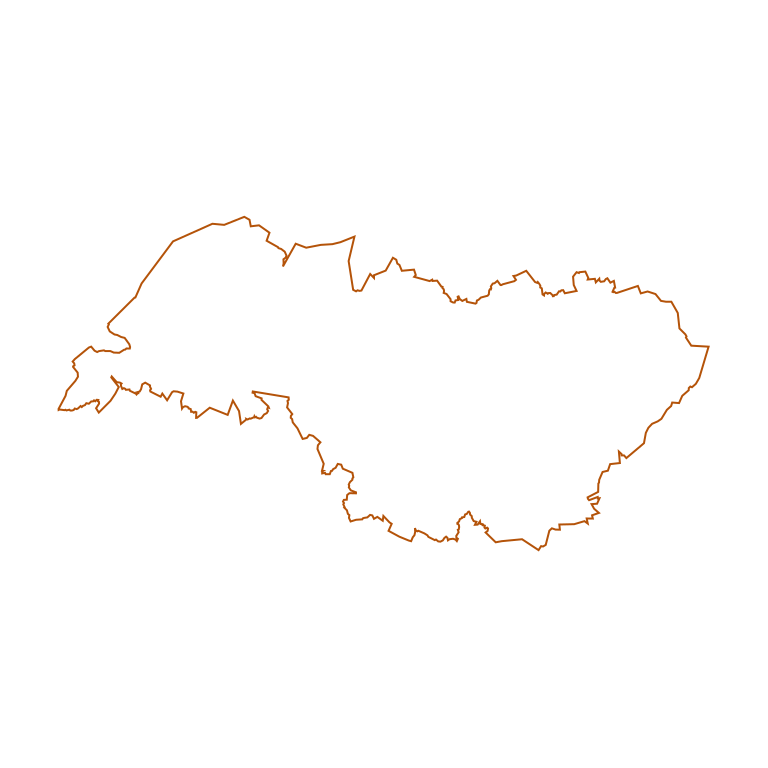 Victoria, Guanajuato, Mexico, rotated 266°
{"feature_id": "50627088B96673154925588", "entity_name": "Victoria", "entity_type": "district", "adm_level": 2, "iso_a3": "MEX", "parent_name": "Mexico", "parent_adm1": "Guanajuato", "projection": "orthographic", "projection_center": [-100.227, 21.387], "detail": "fine", "context": "isolated", "style": "outline", "palette": "amber", "viewbox_px": 768, "rotation_deg": 266, "n_neighbors": 0, "source": "geoboundaries", "source_scale": "gbopen_adm2", "svg_char_len": 6122}
<svg xmlns="http://www.w3.org/2000/svg" viewBox="0 0 768 768"><g transform="rotate(266 384 384)"><path d="M555.8,224.0L541.0,183.5L501.2,149.2L487.6,142.0L487.6,141.2L463.4,113.2L462.7,113.7L460.2,112.3L455.6,114.1L452.2,118.6L451.5,121.3L449.2,125.1L448.1,128.5L441.4,132.7L438.6,133.3L437.1,132.9L437.4,129.5L436.4,128.3L436.3,127.1L433.6,122.1L434.2,116.6L435.9,113.4L436.3,108.2L437.1,107.0L436.7,102.0L435.9,100.1L437.4,97.6L441.7,94.5L441.0,92.2L430.4,77.3L428.1,75.0L426.2,76.4L424.2,76.6L423.3,75.1L422.6,75.1L416.7,79.2L412.6,79.2L408.6,76.3L399.3,67.1L394.4,65.5L381.8,57.6L380.8,57.6L381.2,58.6L380.2,63.4L380.5,64.5L379.8,65.3L380.3,68.4L379.4,69.2L379.3,70.8L379.7,72.6L381.1,73.8L380.4,75.7L381.0,77.1L383.2,79.8L382.1,80.9L383.2,82.2L383.8,84.2L385.6,85.7L384.9,88.2L387.0,90.7L387.0,92.7L387.9,93.6L386.9,94.7L388.3,96.3L388.0,97.9L386.7,97.4L386.0,98.4L384.3,98.4L379.9,95.1L375.4,97.5L386.3,110.0L393.1,115.3L399.5,119.2L409.6,112.4L410.5,112.9L404.5,117.5L403.8,120.7L402.8,122.2L402.1,121.5L400.5,121.5L397.3,122.6L398.0,124.2L397.2,125.6L396.2,126.1L396.3,129.7L395.0,130.0L391.6,135.9L390.8,136.4L392.0,137.6L392.0,138.3L392.7,138.4L393.1,137.6L393.6,139.8L395.8,141.3L400.5,142.8L402.0,145.9L398.9,150.5L397.8,150.3L395.4,151.3L394.1,150.2L392.8,150.4L386.9,160.3L389.9,162.2L382.9,166.5L390.6,172.0L391.4,173.6L390.8,177.4L388.5,183.2L381.0,180.3L373.6,180.8L374.9,181.8L375.7,184.0L375.0,186.3L374.1,187.3L373.2,187.4L372.5,189.4L369.7,189.7L369.8,191.0L368.6,192.3L369.4,193.7L368.9,194.8L363.3,194.2L363.3,195.1L372.5,208.5L364.1,225.9L378.0,232.1L367.1,237.5L354.2,238.5L358.3,244.3L358.8,244.2L358.1,245.5L359.0,247.6L358.7,248.6L360.0,252.2L360.8,252.5L359.7,253.0L360.2,254.1L359.3,254.8L358.2,257.4L358.6,259.4L361.9,262.2L363.1,265.0L365.2,266.5L367.0,265.7L368.9,266.6L368.5,267.4L369.8,267.0L376.7,260.7L378.2,260.9L380.8,255.1L383.9,254.2L384.5,252.3L385.7,252.6L377.3,287.9L374.9,287.9L373.8,286.5L371.7,286.9L367.4,285.7L360.4,290.4L358.7,288.9L356.8,288.6L355.4,289.9L352.1,290.3L345.8,294.6L334.9,299.0L335.6,303.3L338.5,305.9L337.2,309.6L330.3,316.5L327.5,313.8L323.8,313.1L308.6,318.3L301.8,316.1L301.6,317.3L301.0,316.2L299.1,316.1L299.5,319.0L298.1,319.5L297.8,323.6L300.9,325.0L301.0,326.1L302.6,327.3L303.8,329.9L307.5,332.3L306.5,335.7L302.4,337.0L297.6,346.3L293.0,346.9L292.0,345.9L290.7,345.8L288.4,343.1L286.1,341.8L284.9,342.2L283.3,341.7L280.2,343.5L277.9,348.5L276.9,348.4L277.5,341.9L275.8,339.5L271.2,338.8L271.2,335.9L269.6,334.9L268.0,335.8L266.8,335.0L263.6,336.2L263.4,335.8L260.6,338.2L257.0,338.9L255.6,340.3L252.9,339.7L249.2,341.1L250.5,346.7L250.5,352.9L251.5,353.6L251.8,354.7L252.1,358.1L254.4,361.0L253.7,363.2L250.2,364.6L251.9,368.1L247.7,373.2L252.4,374.2L245.6,379.8L244.0,381.9L237.2,378.3L230.6,388.7L226.1,397.8L225.3,400.1L229.1,402.0L231.0,403.8L234.3,404.8L238.1,404.8L235.5,405.7L234.7,407.1L235.2,408.0L232.2,413.8L230.0,416.8L228.4,417.6L224.7,423.8L225.2,425.0L223.2,427.1L222.8,429.3L223.9,431.8L226.2,433.5L227.4,435.3L226.2,436.5L223.6,436.9L224.6,438.5L224.8,442.1L223.8,444.5L222.2,445.7L224.4,446.9L225.6,445.5L227.4,445.5L230.9,448.1L233.4,447.5L233.7,448.4L236.0,449.0L237.9,448.9L239.2,448.2L239.3,447.5L240.2,447.4L241.7,449.3L243.9,450.2L244.8,452.4L245.5,452.5L245.7,454.8L248.2,455.8L248.7,457.6L250.6,459.1L250.8,459.9L249.5,460.7L247.7,460.8L246.1,462.3L244.4,462.3L241.0,463.9L240.1,466.6L237.2,464.9L237.2,467.6L240.4,470.2L237.7,470.4L237.3,472.7L236.9,473.1L236.2,472.7L235.6,474.7L233.8,474.2L232.8,475.0L233.5,476.9L232.6,477.7L230.2,477.1L228.8,475.0L218.3,484.4L219.0,490.6L219.5,510.9L207.5,526.6L211.3,529.4L210.8,531.3L212.2,534.1L226.1,538.7L228.3,541.4L226.8,545.0L226.4,549.3L231.6,549.1L230.9,564.0L233.2,574.4L230.6,577.5L235.7,576.8L235.2,582.9L238.5,582.4L240.4,589.4L244.9,584.9L249.7,582.7L249.7,588.2L255.0,591.0L254.9,589.3L256.4,589.3L253.8,580.5L255.3,579.4L256.7,579.2L261.4,590.1L269.8,590.9L270.6,591.6L273.4,592.0L281.0,595.9L281.9,601.3L288.3,604.0L288.7,613.8L300.2,613.6L297.5,616.1L296.2,616.1L296.0,618.5L293.2,620.6L306.8,639.2L317.0,641.8L321.9,644.7L325.6,648.7L327.6,654.4L329.9,658.3L338.5,664.4L342.0,668.9L345.4,670.2L344.4,677.0L351.4,680.7L356.5,687.5L358.7,687.8L360.1,689.4L359.3,691.0L362.4,695.1L368.0,698.9L398.6,710.4L400.8,693.2L409.3,688.4L410.4,689.1L412.5,688.1L418.8,682.6L434.4,682.0L446.0,676.4L446.4,671.0L447.6,666.1L454.8,661.1L457.9,653.4L456.5,646.5L464.1,644.1L458.6,622.7L458.7,621.5L459.9,620.4L459.6,619.1L460.0,618.4L463.8,620.4L464.0,621.3L470.8,620.5L469.3,616.9L473.9,614.2L473.2,612.6L471.1,610.8L470.8,607.4L472.1,606.2L474.0,606.1L470.6,602.4L474.2,601.7L474.0,594.5L475.6,595.2L482.1,592.7L481.9,586.7L481.1,586.2L482.1,583.9L477.9,580.1L469.5,580.2L463.4,582.6L461.9,570.7L465.1,569.3L465.1,567.5L464.0,566.3L464.3,565.1L461.1,562.5L460.9,560.1L459.8,559.5L459.8,558.6L460.5,558.6L463.2,556.2L463.2,554.0L462.6,553.6L464.0,551.7L462.7,550.1L461.2,549.8L462.3,548.4L468.4,548.1L469.4,546.6L471.2,546.8L473.2,545.8L475.0,544.5L474.2,543.9L475.2,541.8L487.0,533.8L483.0,523.5L482.7,520.7L478.7,522.9L477.5,521.2L475.2,509.5L474.5,507.9L474.6,507.1L479.0,504.3L476.8,501.3L476.6,499.5L473.9,497.4L472.1,497.7L470.9,497.2L471.2,496.4L470.0,495.5L466.1,494.8L464.8,493.5L463.5,486.7L461.4,484.2L460.8,482.5L458.4,481.9L457.8,480.9L460.2,472.4L463.1,472.1L461.4,467.9L463.5,465.5L466.2,464.5L465.9,463.6L462.6,463.9L462.4,461.2L460.3,460.2L460.5,458.6L461.9,456.2L464.0,456.3L469.4,452.7L470.7,449.9L472.6,450.4L474.3,450.2L475.7,449.0L476.8,449.2L477.2,448.0L483.4,444.2L483.4,439.6L484.7,439.4L483.5,436.7L488.8,421.6L490.5,423.3L496.0,421.9L495.7,409.7L501.7,407.7L503.2,405.7L507.1,404.9L509.3,401.7L497.0,393.6L493.2,381.6L490.5,381.4L494.7,377.9L478.8,368.0L478.6,366.1L479.3,364.1L478.4,362.6L480.1,359.8L509.1,357.3L533.1,364.8L528.5,350.4L527.1,342.3L527.2,330.7L525.4,315.9L530.1,305.7L508.3,291.4L511.3,292.3L515.4,292.4L516.9,294.7L518.8,295.7L522.9,294.2L525.9,290.8L526.9,288.2L527.9,287.8L535.1,276.9L542.9,280.3L551.0,270.4L550.6,262.1L557.2,261.3L560.5,256.3L553.9,235.7L555.8,224.0Z" fill="none" stroke="#b45309" stroke-width="2"/></g></svg>